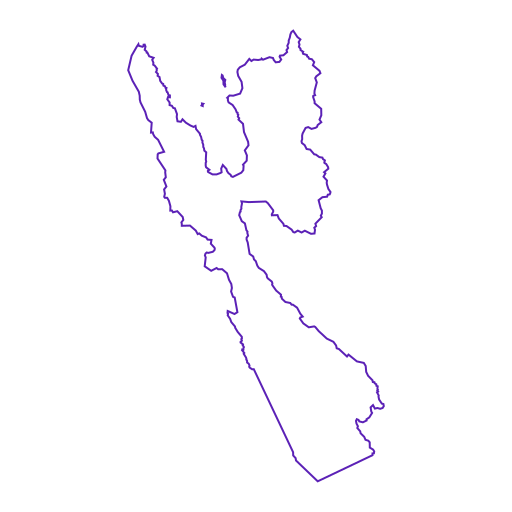 outline of Sveitarfélagið Skagafjörðu, Norðurland vestra, Iceland
{"feature_id": "244011B28940040244957", "entity_name": "Sveitarfélagið Skagafjörðu", "entity_type": "district", "adm_level": 2, "iso_a3": "ISL", "parent_name": "Iceland", "parent_adm1": "Norðurland vestra", "projection": "mercator", "projection_center": [-19.345, 65.497], "detail": "fine", "context": "isolated", "style": "outline", "palette": "violet", "viewbox_px": 512, "rotation_deg": 0, "n_neighbors": 0, "source": "geoboundaries", "source_scale": "gbopen_adm2", "svg_char_len": 6005}
<svg xmlns="http://www.w3.org/2000/svg" viewBox="0 0 512 512"><path d="M321.3,122.2L319.5,119.6L321.3,115.3L321.2,108.8L314.6,103.2L314.6,101.4L313.1,96.9L313.3,95.8L315.1,95.2L314.4,93.5L314.6,90.6L316.8,82.4L315.2,78.1L316.3,76.3L320.4,73.2L319.5,70.8L312.9,65.3L314.2,62.1L311.8,59.2L309.1,58.7L308.2,56.9L307.2,56.5L306.9,55.0L303.1,53.8L302.7,52.6L303.2,51.8L300.5,50.0L300.5,48.7L298.9,46.8L299.5,44.5L298.7,42.1L300.4,39.4L297.4,37.0L293.2,30.7L291.4,32.1L290.4,34.4L289.8,37.6L288.7,40.5L288.7,42.8L287.3,45.8L288.1,48.0L286.5,50.1L287.1,52.1L283.4,55.3L280.0,55.6L279.6,56.7L281.2,59.5L279.4,61.9L275.7,62.3L273.7,59.9L273.0,58.0L269.5,57.2L263.0,59.7L261.6,58.6L261.3,59.4L258.2,60.0L253.6,59.6L251.4,61.0L249.3,58.9L244.8,64.7L239.8,67.3L237.8,69.7L237.4,72.0L238.2,75.9L241.6,81.9L242.4,88.2L240.1,93.6L233.3,95.7L229.5,95.5L227.2,97.8L227.9,98.3L227.9,100.5L228.6,102.4L232.6,105.0L235.6,109.4L236.7,112.3L237.6,112.7L237.6,114.1L238.3,114.8L237.8,116.6L239.2,118.2L238.5,119.6L243.0,123.8L244.0,132.1L248.1,141.8L248.5,145.3L244.8,150.4L246.9,155.4L246.7,160.7L243.0,164.7L243.6,165.7L243.3,170.2L241.3,172.7L232.9,176.9L231.3,176.3L230.6,174.8L228.4,173.1L227.0,171.0L226.4,168.9L222.8,165.0L221.2,168.6L221.6,172.3L220.4,173.0L216.6,174.4L212.5,174.4L208.1,172.0L207.8,171.0L208.2,170.2L207.8,169.9L209.1,170.8L208.8,170.3L209.4,169.8L206.1,167.3L205.7,165.8L205.7,162.8L206.2,161.7L205.8,159.7L206.2,152.3L204.3,150.6L204.0,148.3L203.3,147.1L203.2,144.5L202.4,142.6L202.5,140.7L201.7,139.8L201.1,136.9L199.9,134.6L200.0,133.8L196.1,129.1L195.5,125.9L193.6,126.9L190.4,125.5L185.9,122.7L182.5,119.3L180.9,121.8L177.5,121.3L176.7,117.0L177.0,114.1L174.9,108.3L173.3,108.0L171.9,105.8L169.6,105.1L169.6,102.5L167.3,99.3L168.0,97.1L169.9,97.3L169.9,95.4L168.5,95.1L167.6,92.3L167.0,92.1L166.1,89.9L166.4,88.0L165.6,88.0L165.0,86.3L163.4,85.6L163.2,83.9L162.1,83.5L160.2,80.8L159.5,77.0L157.6,75.8L157.9,73.9L156.0,72.0L156.5,71.3L156.8,70.0L156.6,69.1L157.0,68.6L154.7,65.6L153.2,64.7L153.4,62.7L152.2,59.8L153.6,57.8L149.2,56.3L147.4,52.6L146.7,52.6L146.5,51.4L144.7,49.8L145.5,46.6L144.7,44.6L143.6,44.7L143.4,46.2L142.5,46.8L138.8,45.8L138.4,44.2L136.7,46.8L131.6,55.7L128.2,70.2L132.5,80.7L138.8,91.7L139.7,95.7L139.8,99.6L140.5,102.4L145.2,111.8L147.0,118.1L148.3,120.1L151.7,122.7L151.0,132.6L152.8,132.4L153.2,134.2L154.7,136.8L158.1,139.8L164.1,151.8L158.4,153.4L157.7,154.3L157.5,158.5L165.4,170.4L165.2,172.4L165.8,177.3L163.8,179.8L166.4,186.5L164.1,189.4L164.9,193.8L164.2,196.8L164.9,197.8L167.2,197.8L168.9,200.8L170.4,206.2L170.3,210.6L171.9,210.5L173.0,212.3L177.3,211.2L182.7,217.0L183.3,219.9L181.4,222.4L181.8,223.9L181.8,225.8L190.0,225.6L195.8,230.6L197.7,234.1L199.2,233.4L201.8,235.7L206.1,237.4L207.6,239.6L211.5,239.9L210.8,243.7L214.5,247.7L214.8,248.8L214.5,250.1L212.8,251.8L208.3,252.9L206.7,252.5L205.5,253.6L204.9,255.4L205.7,257.4L204.7,266.3L211.2,270.8L216.6,268.0L218.2,269.3L222.2,269.2L227.0,273.3L229.0,279.8L231.3,284.0L231.9,288.0L231.1,291.5L233.0,296.8L234.7,297.5L237.4,312.2L234.5,314.0L227.7,311.0L227.5,313.0L228.1,313.7L227.7,315.3L230.1,318.8L231.3,322.1L235.0,326.5L235.2,327.8L237.7,331.9L241.8,336.8L241.9,338.5L241.3,339.1L241.9,340.7L240.5,342.0L240.6,342.6L242.7,344.0L243.0,344.5L242.6,345.0L243.9,347.1L243.4,348.1L243.4,349.6L242.4,349.6L242.7,350.3L242.3,350.5L244.3,353.0L243.7,353.8L246.0,357.5L246.5,359.2L246.3,359.6L247.1,360.9L247.1,362.5L248.7,363.7L249.5,365.5L249.2,366.8L249.8,367.7L252.2,369.3L253.8,369.2L293.1,452.2L293.2,455.5L295.6,458.1L296.0,460.5L317.7,481.3L372.5,455.2L372.5,453.4L373.9,453.3L374.2,451.4L373.1,449.6L369.8,447.6L369.7,442.3L368.3,440.7L365.5,439.8L364.2,436.8L360.6,433.3L360.2,431.3L357.3,428.0L357.9,426.2L356.5,423.6L356.0,420.9L356.8,419.2L358.5,419.9L359.3,421.4L362.9,422.3L366.6,420.5L366.5,419.3L369.3,417.4L372.1,412.9L371.3,411.6L370.6,407.4L373.0,405.1L374.9,408.6L377.4,408.0L380.2,408.8L382.6,408.0L383.8,406.1L383.4,404.0L381.8,403.6L379.1,399.5L378.5,396.7L378.7,395.5L377.0,392.3L378.1,391.6L377.3,390.5L377.9,389.8L377.4,389.0L377.7,386.3L376.4,385.8L376.3,384.3L374.7,383.3L374.4,382.2L372.8,382.0L372.5,380.3L368.1,375.8L366.2,371.9L365.7,366.0L363.8,362.9L356.9,361.4L348.5,354.6L347.0,356.5L338.9,349.0L336.7,348.3L336.1,345.5L333.4,341.8L326.8,338.6L318.7,331.1L315.3,327.0L314.2,326.4L308.8,327.3L303.3,323.4L299.8,318.5L300.3,317.5L302.7,316.6L300.3,313.7L297.1,307.7L292.9,304.7L291.6,304.7L290.3,303.0L285.4,302.0L281.9,298.7L281.6,296.9L280.8,296.6L281.0,294.7L276.2,290.6L272.5,285.4L272.1,284.7L272.4,283.3L271.8,281.6L267.7,278.3L267.0,277.1L266.6,274.7L263.9,271.1L258.8,267.9L257.3,265.6L255.8,261.2L254.0,259.4L253.2,256.5L249.6,253.9L247.7,242.4L246.6,239.6L246.6,237.7L248.1,235.7L247.3,232.9L247.5,231.6L246.4,230.2L244.9,223.4L241.8,221.2L239.2,215.2L239.9,212.2L240.6,211.6L240.5,210.2L241.4,208.7L241.3,207.0L242.0,203.4L241.4,201.4L248.9,202.1L265.8,201.5L267.8,203.1L273.2,210.3L273.2,211.7L271.8,214.3L271.9,215.3L277.5,215.1L278.8,218.5L283.4,223.8L283.9,225.8L286.5,226.0L291.6,229.6L293.3,232.1L294.7,232.5L297.8,230.6L301.6,232.5L304.8,230.7L311.0,233.8L314.5,233.5L315.0,229.8L314.3,227.7L316.1,226.1L315.4,223.7L321.7,217.2L320.8,215.7L321.9,213.6L321.9,210.6L320.7,208.3L318.6,200.2L322.4,197.2L327.1,196.7L327.8,194.7L329.7,194.4L330.2,193.3L330.5,192.0L328.4,189.0L327.0,184.6L326.7,182.8L327.0,180.5L323.5,176.7L325.4,173.4L324.1,172.2L328.3,168.7L328.1,167.1L326.2,164.0L324.5,163.0L324.3,162.4L324.9,160.4L323.0,159.1L322.4,157.6L319.3,157.1L315.9,154.6L314.2,154.3L310.2,149.6L306.6,149.0L304.7,145.2L301.9,143.0L301.5,141.2L302.2,139.2L302.1,135.7L302.6,133.5L305.6,127.9L308.2,127.1L311.5,128.9L315.6,127.8L317.0,126.9L317.7,125.0L321.3,122.2ZM225.6,87.3L225.0,85.8L225.2,84.9L224.7,82.3L225.3,79.9L223.3,78.1L222.6,75.5L221.9,75.0L221.5,77.8L223.4,80.7L223.5,84.3L225.6,87.3ZM203.3,103.8L202.0,103.5L202.1,104.6L201.2,104.5L201.9,104.9L201.5,105.5L202.7,106.0L202.7,104.5L203.3,103.8Z" fill="none" stroke="#5b21b6" stroke-width="2"/></svg>